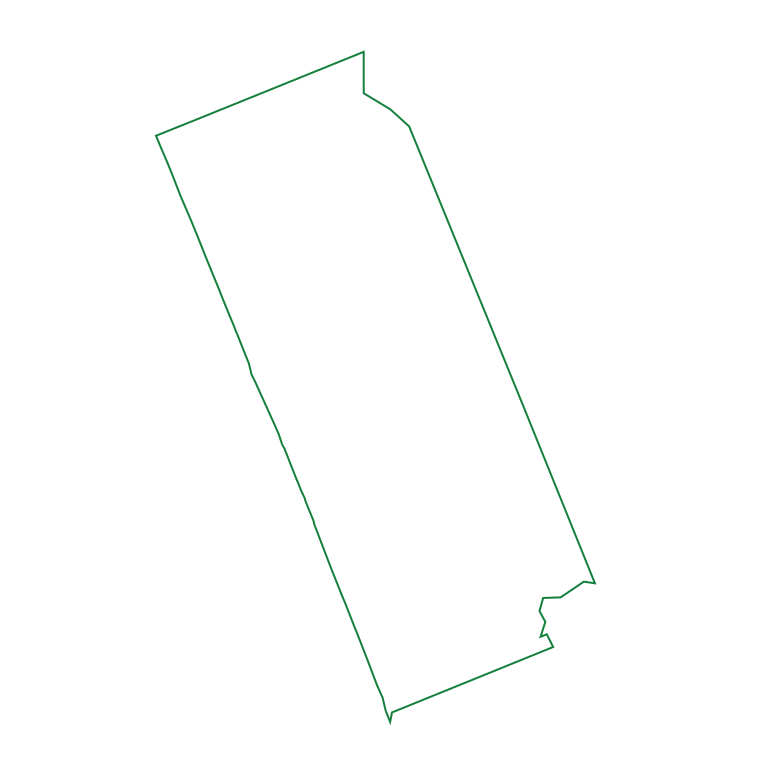 Escambia, Alabama, United States of America (Equal Earth projection), rotated 68°
{"feature_id": "52423323B39779994842487", "entity_name": "Escambia", "entity_type": "district", "adm_level": 2, "iso_a3": "USA", "parent_name": "United States of America", "parent_adm1": "Alabama", "projection": "equal_earth", "projection_center": [-87.161, 31.128], "detail": "fine", "context": "isolated", "style": "outline", "palette": "green", "viewbox_px": 768, "rotation_deg": 68, "n_neighbors": 0, "source": "geoboundaries", "source_scale": "gbopen_adm2", "svg_char_len": 1096}
<svg xmlns="http://www.w3.org/2000/svg" viewBox="0 0 768 768"><g transform="rotate(68 384 384)"><path d="M376.0,500.9L376.7,500.8L391.5,500.4L402.3,501.1L406.4,500.5L440.6,500.8L443.8,500.7L450.8,500.8L460.2,500.3L462.6,500.6L468.9,500.7L484.4,500.6L488.4,501.2L536.5,502.1L563.5,502.2L573.8,502.1L601.8,502.4L602.8,502.3L633.1,502.7L633.3,502.7L660.8,503.3L672.3,502.9L673.0,502.8L674.3,502.8L687.4,504.8L699.6,504.9L691.5,499.6L691.2,325.7L677.0,326.8L677.0,333.5L665.0,323.5L652.8,324.9L642.0,316.6L648.0,300.1L642.1,272.8L647.8,263.1L462.5,263.1L196.6,264.0L154.6,264.2L131.6,275.3L106.9,293.9L68.4,278.4L68.5,462.8L68.4,502.4L79.7,502.3L98.4,501.9L113.9,501.9L133.7,502.2L160.4,501.6L160.8,501.6L161.5,501.6L169.5,501.6L173.0,501.6L175.1,501.5L177.1,501.5L181.1,501.6L193.1,501.6L197.5,501.7L236.9,501.5L239.5,501.6L245.2,501.6L260.0,501.6L274.8,501.4L280.4,501.6L282.1,501.4L289.3,501.5L290.7,501.5L306.6,501.6L310.0,501.6L310.6,501.6L311.8,501.6L312.4,501.6L313.4,501.6L313.8,501.5L325.6,503.3L331.1,502.8L334.4,502.6L376.0,500.9Z" fill="none" stroke="#15803d" stroke-width="2"/></g></svg>